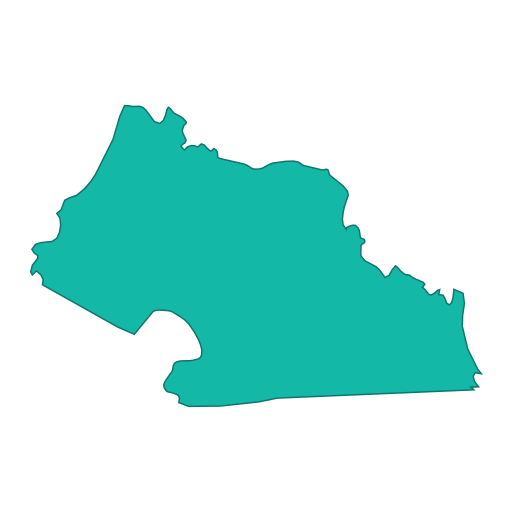 SVG path tracing the border of Grand Gedeh
{"feature_id": "LBR-793", "entity_name": "Grand Gedeh", "entity_type": "County", "adm_level": 1, "iso_a3": "LBR", "parent_name": "Liberia", "parent_adm1": "", "projection": "albers", "projection_center": [-8.193, 5.975], "detail": "fine", "context": "isolated", "style": "filled", "palette": "teal", "viewbox_px": 512, "rotation_deg": 0, "n_neighbors": 0, "source": "natural_earth", "source_scale": "10m", "svg_char_len": 2782}
<svg xmlns="http://www.w3.org/2000/svg" viewBox="0 0 512 512"><path d="M124.7,105.6L129.6,105.9L132.4,106.5L139.3,106.3L142.7,107.3L145.9,110.1L154.4,121.6L159.8,123.4L163.3,120.5L165.6,115.1L166.9,109.7L168.3,107.3L170.2,108.5L173.5,112.8L182.5,117.7L186.3,122.0L185.9,123.7L183.8,125.5L182.3,130.3L182.8,133.1L185.4,138.4L186.1,140.6L184.6,143.2L182.0,144.7L181.0,146.5L184.4,150.0L187.5,146.9L191.0,145.6L194.6,145.7L197.6,147.1L201.4,143.9L204.4,145.1L207.1,148.2L210.2,151.0L211.6,150.9L212.6,149.5L213.8,148.6L215.9,149.8L217.3,152.1L217.6,154.5L217.6,156.5L218.1,157.7L220.7,158.7L243.1,163.8L246.5,165.0L249.6,166.9L251.6,168.3L254.0,169.1L258.7,169.1L262.6,168.1L269.1,164.5L272.5,163.1L285.9,161.3L293.7,161.1L298.7,162.2L303.4,165.5L322.0,169.9L323.6,170.1L324.8,169.6L326.2,169.2L327.9,169.8L328.4,170.7L329.2,174.1L330.2,175.5L343.0,185.8L347.5,191.3L348.2,195.3L344.4,206.5L343.1,212.6L342.4,219.2L343.1,225.0L346.3,229.1L346.4,227.7L349.2,226.2L352.8,225.2L355.4,225.4L358.2,228.0L359.4,230.7L360.3,237.3L361.2,238.3L362.8,238.8L364.3,239.5L364.9,241.4L364.3,242.9L361.7,244.4L361.0,245.7L360.8,254.0L361.1,256.1L364.9,260.8L376.3,266.8L379.8,270.2L385.0,277.5L389.0,275.4L392.3,269.6L395.5,265.8L397.4,267.3L400.6,271.0L404.8,274.4L409.9,275.2L410.4,276.2L416.3,279.5L417.1,279.6L423.4,282.4L424.8,284.3L422.5,287.3L424.7,289.2L428.5,294.0L430.6,295.1L434.0,293.5L437.5,290.4L439.7,289.6L438.7,294.5L443.2,295.3L445.2,299.1L446.6,303.1L449.3,304.9L451.6,302.6L453.0,297.9L453.9,289.3L463.1,293.3L464.4,303.4L462.6,315.6L462.3,326.3L467.7,349.0L471.5,356.6L477.6,369.0L481.3,373.7L475.2,372.7L473.2,376.2L474.6,381.7L478.6,386.8L472.8,387.1L470.9,387.0L473.9,389.8L277.3,398.1L258.6,401.9L220.7,406.0L188.9,406.4L178.8,402.6L179.3,399.5L179.4,398.4L179.2,397.3L178.7,396.2L177.8,395.2L176.3,394.2L172.2,392.8L167.7,391.8L166.5,391.0L165.4,389.9L164.2,387.5L163.9,386.0L163.8,384.6L164.2,383.4L164.7,382.3L165.9,380.1L172.0,371.5L172.4,370.5L172.7,369.5L173.2,366.4L173.5,365.3L174.0,364.3L174.6,363.3L175.5,362.5L176.6,362.0L177.7,361.6L179.8,361.1L181.1,360.9L190.5,360.7L192.9,360.3L197.8,359.1L198.8,358.6L199.8,357.9L200.6,357.0L201.1,356.1L201.4,355.1L201.7,354.1L201.8,350.9L201.6,348.9L200.5,344.7L198.8,340.2L194.4,332.1L188.9,324.0L184.8,319.9L181.5,317.4L172.6,312.0L170.4,311.1L167.8,310.6L158.6,310.0L155.8,310.4L153.8,311.0L152.8,311.8L134.3,334.3L117.8,327.1L42.5,284.8L43.2,279.5L40.9,274.9L36.5,270.9L32.3,274.9L30.7,271.8L32.4,265.2L37.7,258.3L37.8,255.7L34.2,252.9L31.9,249.3L35.5,244.4L40.6,242.7L52.2,241.4L56.8,238.3L59.4,232.7L60.7,225.2L60.0,218.1L56.8,213.4L61.1,209.8L64.7,200.3L68.9,198.1L76.9,195.1L84.5,188.8L91.0,181.2L95.6,174.2L113.0,139.4L119.8,116.3L124.6,105.6L124.7,105.6Z" fill="#14b8a6" stroke="#0f766e" stroke-width="1.5"/></svg>